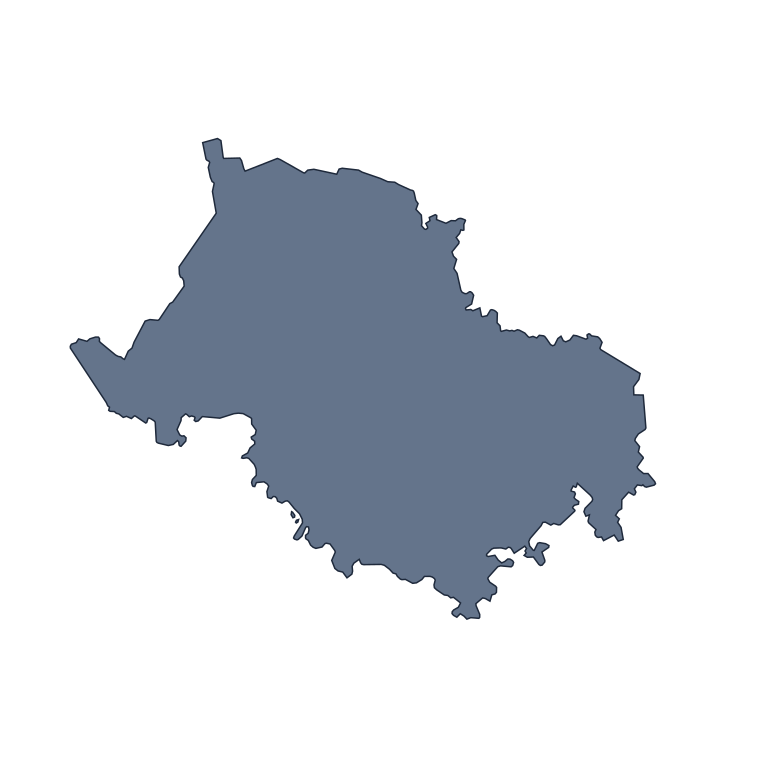 outline of Omsk, rotated 304°
{"feature_id": "RUS-2397", "entity_name": "Omsk", "entity_type": "Region", "adm_level": 1, "iso_a3": "RUS", "parent_name": "Russia", "parent_adm1": "", "projection": "albers", "projection_center": [72.959, 56.006], "detail": "fine", "context": "isolated", "style": "filled", "palette": "slate", "viewbox_px": 768, "rotation_deg": 304, "n_neighbors": 0, "source": "natural_earth", "source_scale": "10m", "svg_char_len": 6172}
<svg xmlns="http://www.w3.org/2000/svg" viewBox="0 0 768 768"><g transform="rotate(304 384 384)"><path d="M243.0,524.7L237.3,522.1L234.8,519.2L234.0,511.0L231.8,508.2L231.4,506.6L232.0,502.7L233.3,500.1L232.3,497.2L233.5,492.2L233.9,485.7L232.9,482.6L222.9,468.2L222.2,466.5L222.7,464.6L224.8,461.5L218.6,459.2L215.1,459.5L211.3,462.6L208.4,463.7L202.6,461.7L205.0,455.0L203.3,450.4L203.6,446.4L208.5,439.3L217.5,437.6L218.5,436.1L221.2,428.7L219.8,425.3L218.7,424.3L214.2,423.8L209.6,419.4L209.0,416.5L209.4,413.2L212.0,408.7L212.0,405.8L212.5,405.0L214.7,403.6L217.8,404.6L221.1,403.4L223.2,401.4L222.6,399.7L221.3,399.3L212.1,401.0L207.2,399.8L206.1,399.0L205.4,396.5L205.8,395.1L207.8,394.6L223.3,394.1L226.2,391.8L229.2,386.5L230.6,379.2L233.0,371.4L233.1,369.2L231.6,367.6L228.2,366.0L227.4,361.3L229.3,359.0L229.8,356.9L228.8,355.1L225.9,354.5L225.0,351.6L225.1,350.8L229.3,347.1L234.9,345.5L235.8,343.0L235.8,339.2L230.9,333.3L226.7,334.2L225.9,332.7L226.4,331.4L228.3,329.3L231.3,328.3L236.8,329.2L241.7,325.8L243.2,323.9L244.8,321.3L246.7,313.5L246.1,311.5L243.5,308.7L243.1,307.3L245.2,306.8L250.6,309.6L256.1,308.7L262.0,310.4L264.2,308.8L264.4,305.1L265.7,303.6L270.1,305.5L274.2,303.9L276.8,296.7L281.2,293.6L281.5,292.4L280.7,283.8L278.4,279.6L275.5,276.2L263.9,267.0L255.4,251.6L249.5,250.6L247.6,248.9L247.8,246.9L250.4,246.2L250.8,245.3L250.0,242.4L248.0,240.9L248.5,237.6L248.3,236.2L242.7,234.7L240.1,236.2L230.5,237.9L227.6,243.1L227.7,245.5L229.2,247.1L228.7,250.0L225.8,251.6L218.9,250.6L218.5,249.7L218.8,248.3L221.3,246.1L221.6,244.4L216.1,243.1L212.4,239.6L208.8,230.0L208.6,228.4L209.2,227.2L224.4,215.7L224.9,214.3L224.8,210.3L224.4,208.2L223.6,207.6L219.4,208.8L218.4,208.3L218.4,195.8L218.0,194.9L214.1,193.9L213.2,188.6L210.5,186.5L210.9,180.8L210.0,178.4L210.4,175.9L208.2,172.2L208.2,170.5L211.3,169.4L211.4,167.2L213.3,164.2L238.4,103.9L239.9,102.8L242.2,102.6L246.2,105.7L250.6,105.6L253.3,113.9L257.0,114.9L261.6,118.6L263.2,121.1L262.5,122.8L260.2,124.2L259.8,125.9L257.9,145.2L258.2,148.1L259.3,150.7L259.0,153.6L259.3,155.1L268.2,153.6L272.9,155.0L278.9,153.4L302.6,150.8L306.5,153.9L310.4,161.0L311.8,161.6L330.9,161.5L333.7,163.0L353.4,163.6L357.6,160.2L359.1,157.5L358.9,155.5L360.7,152.9L366.6,148.6L431.8,149.4L447.7,134.1L455.2,131.1L455.8,130.1L455.7,128.3L458.3,124.4L465.3,117.2L470.2,115.6L470.8,114.5L470.5,112.1L470.9,110.7L482.7,98.7L494.4,108.7L494.6,112.7L482.0,123.9L481.4,125.0L490.7,138.1L489.6,140.9L484.0,147.5L482.8,149.8L511.4,169.5L512.0,172.3L514.1,199.1L514.6,200.3L518.7,201.2L522.8,205.8L531.5,227.5L537.1,226.6L539.5,228.7L547.1,243.3L547.4,247.4L552.4,266.1L553.8,274.0L557.3,280.1L557.5,284.6L559.6,297.3L560.4,299.4L560.4,300.6L559.2,302.3L554.0,307.7L552.6,311.4L546.6,312.9L544.9,320.5L539.0,325.2L536.2,326.6L535.1,330.9L535.6,332.3L537.5,333.0L538.5,332.4L540.5,328.9L545.1,330.8L547.4,328.4L553.0,331.8L553.2,333.4L552.8,333.8L549.7,335.6L551.9,345.5L557.0,348.3L559.3,352.0L562.6,353.2L563.9,354.5L564.6,355.9L565.4,359.5L565.1,360.1L561.0,360.9L556.4,364.1L555.5,363.5L554.8,361.5L551.1,362.5L545.8,361.9L544.0,366.6L542.4,367.4L531.5,366.5L528.8,370.2L527.9,374.5L518.8,377.3L516.6,382.7L504.7,395.3L503.7,397.6L504.2,400.7L505.3,402.1L508.3,403.3L508.9,404.2L508.8,406.1L507.7,408.7L499.3,411.9L493.1,409.1L492.1,409.4L491.3,410.7L494.3,414.3L494.4,416.7L500.7,420.9L494.8,426.9L494.9,428.0L498.3,431.3L504.9,430.9L505.9,431.8L506.6,433.9L506.7,435.9L506.2,438.3L498.0,443.5L497.1,447.7L493.4,450.9L493.2,451.8L497.2,455.3L498.3,458.5L500.0,460.1L500.5,462.3L503.6,464.3L504.3,466.1L505.0,472.3L503.8,477.1L503.9,478.5L506.8,480.9L507.6,484.9L511.2,485.5L513.1,489.2L513.3,490.6L512.4,493.4L509.8,500.0L510.0,502.4L511.7,503.6L518.9,502.7L522.6,504.0L520.1,508.5L520.6,511.1L524.4,513.5L530.3,513.8L531.7,516.7L534.1,526.4L535.8,527.2L538.1,524.9L539.9,525.5L540.5,526.5L540.0,529.2L542.6,534.8L542.3,537.4L540.5,541.5L534.4,543.0L533.7,544.5L535.9,590.5L530.3,592.8L521.3,592.4L514.7,597.2L519.8,605.1L494.0,625.7L492.3,625.9L484.8,622.8L479.5,622.8L477.3,623.6L475.0,630.9L469.8,632.9L468.2,639.7L467.5,640.4L456.9,640.2L455.9,641.5L455.4,643.7L454.9,649.3L457.4,652.9L454.4,663.1L453.1,664.9L451.2,664.5L445.2,659.2L444.7,657.5L445.2,655.0L443.9,654.6L442.0,650.5L437.1,650.2L435.2,653.3L432.5,653.8L431.5,653.0L431.1,647.3L421.0,645.9L413.5,650.8L410.1,649.3L404.6,649.4L403.8,654.5L400.0,655.0L397.7,660.7L388.9,669.3L384.7,666.1L387.5,659.3L376.9,653.6L378.8,649.9L376.5,647.3L376.2,645.8L376.8,643.7L379.1,641.6L381.9,641.1L383.4,631.2L384.5,629.8L390.4,627.5L387.3,625.3L389.9,621.2L393.4,620.2L403.1,622.0L404.9,621.6L406.3,620.1L407.2,617.2L409.8,599.8L406.2,600.9L405.5,600.5L405.2,597.9L400.8,598.4L399.9,599.0L401.0,602.4L399.9,604.1L396.1,605.1L395.5,607.2L395.5,611.2L393.1,612.4L389.9,609.6L387.3,609.3L386.8,609.7L386.1,612.9L385.2,613.2L365.9,608.8L364.7,607.3L363.3,602.7L360.3,601.2L359.7,595.0L358.0,593.0L354.4,593.5L337.5,591.5L334.2,592.2L331.2,595.3L329.6,600.8L330.0,601.6L337.9,600.5L339.5,601.7L342.0,607.3L342.3,611.1L340.6,611.9L333.0,608.9L327.8,615.9L326.4,616.8L322.3,616.4L321.0,615.1L321.0,613.3L324.1,604.6L320.5,599.7L320.2,596.0L323.4,596.4L324.4,594.3L327.3,594.2L328.3,591.4L316.5,586.6L318.7,581.6L319.0,580.2L318.2,578.3L315.3,577.3L313.6,572.7L309.3,566.8L307.2,565.5L300.2,564.3L299.0,565.1L299.2,566.8L304.0,571.7L301.9,577.1L301.5,581.6L304.4,583.4L308.2,584.5L309.3,586.4L309.4,589.4L308.6,591.2L305.4,592.2L303.5,591.6L298.4,582.3L296.2,580.5L281.9,578.5L280.6,579.0L278.8,582.5L278.8,589.6L278.3,591.1L274.2,593.7L272.1,593.5L269.5,591.3L263.2,593.3L262.8,587.9L261.8,585.4L253.3,583.0L251.7,584.3L246.5,592.2L244.1,593.8L242.8,593.7L238.8,586.6L235.4,584.2L236.3,580.1L236.2,575.7L231.4,574.8L231.1,571.0L231.7,568.8L233.3,567.9L235.6,568.1L240.5,570.5L245.3,569.9L246.0,560.9L244.0,558.9L244.4,555.2L242.8,551.9L242.8,542.7L243.3,539.7L245.4,537.8L250.1,536.1L250.9,534.6L251.0,532.1L250.3,529.8L247.1,525.1L243.0,524.7ZM223.7,380.1L226.5,378.8L226.6,379.9L225.2,383.5L223.6,384.3L222.2,383.3L223.7,380.1ZM222.1,387.6L223.9,389.0L221.3,389.8L219.7,389.0L220.0,387.9L222.1,387.6Z" fill="#64748b" stroke="#1e293b" stroke-width="1.5"/></g></svg>